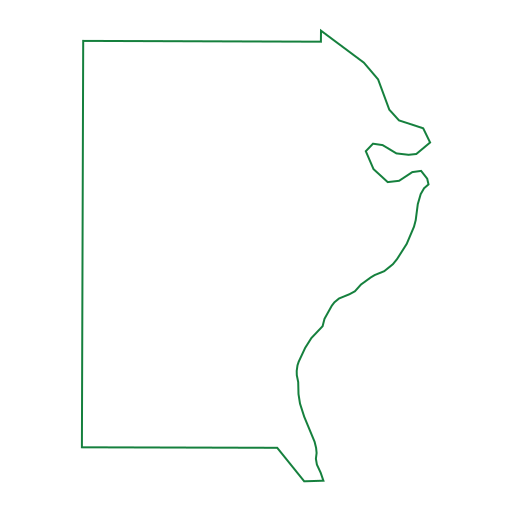 Gallatin, Illinois, United States of America (Equal Earth projection)
{"feature_id": "52423323B61374287211", "entity_name": "Gallatin", "entity_type": "district", "adm_level": 2, "iso_a3": "USA", "parent_name": "United States of America", "parent_adm1": "Illinois", "projection": "equal_earth", "projection_center": [-88.116, 37.745], "detail": "fine", "context": "isolated", "style": "outline", "palette": "green", "viewbox_px": 512, "rotation_deg": 0, "n_neighbors": 0, "source": "geoboundaries", "source_scale": "gbopen_adm2", "svg_char_len": 873}
<svg xmlns="http://www.w3.org/2000/svg" viewBox="0 0 512 512"><path d="M81.9,447.3L277.2,447.8L304.2,481.3L323.4,480.7L320.7,472.8L316.9,464.6L315.9,458.8L316.6,453.0L316.1,447.9L314.6,441.8L304.2,416.7L300.0,403.6L298.5,394.1L298.2,382.1L296.8,375.2L296.7,370.9L297.5,365.3L298.7,361.7L305.2,347.8L311.4,338.0L322.6,326.2L324.5,318.8L331.8,305.7L334.4,302.3L339.0,298.5L349.7,294.1L354.9,291.3L361.0,284.5L370.8,277.4L374.8,275.0L384.2,271.2L392.9,264.2L397.1,259.0L406.7,243.9L414.0,226.7L415.7,220.2L417.8,204.1L420.7,194.1L424.1,188.2L428.5,184.4L427.2,178.7L421.1,170.9L412.3,172.1L399.1,180.8L387.7,182.1L373.5,169.1L365.8,151.2L373.0,143.7L382.6,145.1L396.4,153.4L408.6,154.8L416.3,154.0L430.1,142.5L423.2,128.3L399.0,120.4L389.3,109.7L378.1,79.4L363.9,62.7L321.0,30.7L320.9,41.7L83.2,40.9L83.2,41.8L81.9,447.3Z" fill="none" stroke="#15803d" stroke-width="2"/></svg>